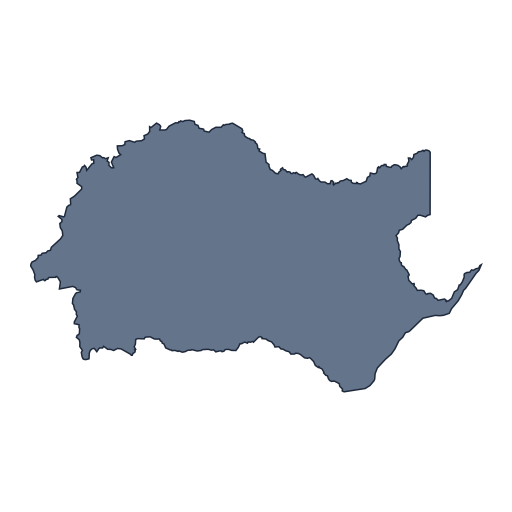 Santa Maria das Barreiras, Pará, Brazil (Mercator projection)
{"feature_id": "56859067B47432840261489", "entity_name": "Santa Maria das Barreiras", "entity_type": "district", "adm_level": 2, "iso_a3": "BRA", "parent_name": "Brazil", "parent_adm1": "Pará", "projection": "mercator", "projection_center": [-50.26, -8.642], "detail": "fine", "context": "isolated", "style": "filled", "palette": "slate", "viewbox_px": 512, "rotation_deg": 0, "n_neighbors": 0, "source": "geoboundaries", "source_scale": "gbopen_adm2", "svg_char_len": 6027}
<svg xmlns="http://www.w3.org/2000/svg" viewBox="0 0 512 512"><path d="M381.9,165.5L380.3,166.6L380.1,167.5L379.1,167.8L378.5,166.9L377.6,167.8L376.7,172.6L375.8,173.4L374.1,173.9L370.3,173.0L369.8,176.0L367.4,177.4L366.2,181.2L360.5,183.9L357.7,183.5L357.5,182.7L356.6,182.5L356.5,183.5L353.0,183.3L351.4,182.2L351.2,180.4L349.3,180.3L346.8,178.7L343.4,180.5L340.1,181.1L338.7,182.8L337.7,182.7L336.8,183.4L335.8,183.1L333.7,184.9L333.2,184.2L333.7,182.3L331.9,180.6L330.9,180.9L330.1,183.7L327.4,183.7L325.0,182.1L321.1,182.0L319.4,180.9L317.9,178.5L317.3,179.2L315.5,178.9L313.5,175.2L311.9,173.9L305.7,177.1L304.8,176.8L303.0,174.6L300.9,175.0L298.4,174.1L296.5,172.4L295.7,172.6L295.3,173.4L293.6,172.7L292.0,173.6L291.1,173.5L289.9,172.0L288.0,171.7L287.2,172.1L285.1,169.8L283.3,169.5L282.6,167.8L280.9,168.9L280.4,169.8L280.9,170.6L279.0,172.0L278.1,173.8L275.5,173.3L272.3,170.3L270.3,169.5L269.0,166.3L269.0,164.5L266.1,162.2L265.0,153.7L263.1,153.4L259.0,150.9L259.7,149.1L257.8,148.6L257.4,145.4L256.7,143.8L255.3,142.8L255.4,141.9L253.4,140.2L250.3,139.6L249.9,138.7L247.9,138.2L245.3,136.5L244.6,135.8L244.3,133.6L242.0,132.5L242.8,130.8L242.0,128.8L232.6,123.2L230.2,123.6L229.4,124.2L225.6,124.5L224.1,125.3L223.3,124.8L221.1,127.3L215.8,127.3L211.7,129.5L209.0,132.2L204.1,131.0L203.7,129.3L202.9,128.9L199.1,128.3L198.0,125.4L194.9,124.3L194.3,121.5L189.7,120.2L184.6,120.6L183.0,121.6L180.5,120.9L179.6,122.0L178.8,121.7L178.1,122.9L175.5,122.8L169.0,126.2L166.6,129.4L165.0,130.0L159.8,130.0L160.7,126.3L159.4,124.7L156.5,123.1L151.1,127.5L149.6,126.7L149.7,131.4L147.8,134.0L144.0,135.7L144.5,138.9L141.6,140.7L136.2,141.2L134.6,142.3L129.4,140.6L125.1,141.7L124.7,144.6L122.2,145.7L117.3,145.9L117.5,149.1L119.0,153.1L120.7,154.7L116.0,157.5L114.1,156.6L111.4,162.0L113.7,167.7L111.6,167.9L108.9,165.4L109.0,162.4L107.1,161.0L108.2,157.8L105.4,158.7L103.8,157.6L102.6,157.9L99.8,155.6L96.7,155.2L90.9,157.7L91.6,160.0L93.7,159.8L93.8,163.2L92.1,163.7L86.7,170.4L86.0,167.1L84.5,165.4L83.6,166.7L82.4,166.9L79.5,172.4L77.0,172.5L77.9,177.6L76.4,179.3L77.0,180.4L77.0,183.3L81.6,186.6L81.7,189.0L74.4,196.2L70.3,198.8L70.7,203.9L70.4,204.8L68.7,205.4L66.9,207.0L64.5,216.2L63.8,216.9L59.1,215.6L58.2,216.4L61.9,219.4L61.9,221.7L59.8,223.5L60.3,227.5L62.3,231.0L62.8,235.4L60.6,238.8L51.4,247.2L50.4,250.3L47.6,251.0L46.2,252.7L42.1,253.3L41.0,255.1L38.2,255.4L38.1,257.6L35.5,260.4L32.0,262.0L30.9,264.1L30.7,266.0L33.1,270.0L34.9,274.9L34.5,277.1L35.2,280.2L36.4,281.9L43.4,279.4L44.4,280.6L45.4,280.5L45.9,279.5L48.0,279.0L48.3,277.9L49.0,277.5L55.6,277.3L56.2,276.4L57.9,277.6L60.4,281.9L59.4,289.0L72.8,286.4L75.6,287.6L76.9,289.8L80.4,290.2L80.2,291.9L76.3,292.9L75.4,293.9L72.9,298.4L72.4,303.5L73.6,305.0L74.5,309.3L76.4,311.8L76.3,314.5L77.4,316.1L74.3,321.9L74.3,323.7L79.0,324.7L79.0,327.7L79.6,328.3L79.4,333.2L78.7,334.5L77.1,335.4L76.4,337.3L79.3,339.8L79.9,342.5L79.8,346.6L82.4,350.4L81.3,352.4L82.1,356.7L83.0,358.8L84.1,359.4L85.9,359.6L89.0,358.8L89.3,353.1L90.2,350.6L92.1,348.8L94.3,348.4L96.8,351.7L98.9,348.6L100.0,347.9L102.6,348.0L103.6,346.3L107.7,349.3L110.8,349.4L113.7,350.5L117.4,348.5L121.0,348.9L130.1,354.0L131.4,355.3L132.3,355.2L132.9,353.4L134.7,352.4L135.1,351.5L135.2,350.6L134.6,349.8L135.7,349.3L134.2,346.9L135.4,344.1L135.7,339.5L137.6,338.6L144.2,338.9L145.0,337.4L146.1,337.1L150.1,336.8L154.4,339.0L159.6,339.1L160.4,341.0L161.7,341.4L162.2,343.1L164.0,344.0L165.7,347.9L170.3,350.0L171.4,349.9L172.0,350.7L174.9,350.4L178.0,351.4L178.7,350.9L182.4,352.2L185.3,351.6L188.0,350.2L190.9,350.2L191.8,349.6L197.1,351.0L201.1,350.5L202.6,349.6L208.3,349.3L211.5,350.2L213.6,349.8L215.8,351.9L219.5,350.9L221.5,351.0L222.0,351.7L223.9,351.2L225.0,349.8L226.1,349.4L228.8,349.4L231.6,350.4L235.9,350.5L238.2,347.5L240.0,343.7L241.1,343.9L244.7,342.1L247.5,343.2L248.2,341.9L250.3,342.2L252.9,341.5L253.5,342.2L258.5,337.2L260.5,336.6L262.2,337.8L262.0,338.6L266.0,339.0L267.9,340.5L271.6,341.9L274.1,344.9L274.9,347.0L278.8,346.7L281.0,349.0L282.8,349.1L286.0,350.9L289.1,351.7L290.9,354.1L294.7,354.0L295.6,353.2L298.4,353.5L300.3,354.4L304.5,357.8L307.3,358.3L309.5,357.7L310.4,358.2L313.7,361.6L315.3,365.4L318.3,367.5L318.9,366.7L320.0,368.1L321.9,368.8L323.9,372.1L323.6,372.9L325.8,375.3L327.5,375.8L328.4,378.7L329.7,380.5L331.5,381.4L334.4,381.1L339.2,383.6L339.8,386.4L342.5,389.1L342.2,390.9L344.1,391.8L365.2,388.5L370.0,385.5L373.9,380.9L374.7,379.1L375.1,373.7L377.3,368.0L385.4,359.3L391.4,354.0L394.9,349.0L398.9,340.8L402.7,337.3L405.4,332.7L408.7,331.7L410.0,330.7L422.9,318.2L435.2,315.4L439.8,315.7L443.5,315.3L449.3,313.3L451.6,308.6L458.1,300.9L461.5,295.1L463.6,290.3L465.5,288.5L476.0,273.4L478.9,270.4L481.3,264.7L479.8,265.6L478.7,268.2L476.0,268.7L473.3,270.3L471.5,269.9L469.7,272.3L466.8,272.5L464.5,273.7L464.1,274.7L464.2,277.1L462.3,281.9L460.2,284.9L459.2,285.0L457.7,289.6L454.3,291.9L451.7,298.3L448.3,301.0L447.3,300.9L446.5,301.6L445.8,301.0L446.0,300.1L444.5,299.0L438.1,300.3L436.5,298.5L434.6,298.1L433.2,295.0L430.5,293.3L427.6,293.6L426.9,294.3L425.6,293.7L423.8,290.7L420.9,290.2L417.6,290.4L416.8,289.8L416.4,288.5L413.8,285.5L414.3,284.6L414.0,283.5L412.2,283.9L408.8,280.3L408.0,276.1L408.8,275.7L409.2,274.7L406.7,269.9L405.8,269.6L403.7,266.4L402.8,266.3L401.5,265.1L401.3,262.8L400.4,262.5L399.3,260.4L399.0,258.3L400.0,256.7L400.4,251.6L398.9,248.9L398.9,244.6L397.3,240.6L397.4,238.0L396.0,235.7L398.6,232.8L399.3,230.3L402.8,229.2L406.9,225.1L409.0,224.2L411.0,222.5L411.4,220.5L415.7,218.3L417.8,215.3L420.1,215.2L425.6,216.9L427.6,215.3L430.1,214.6L430.2,152.2L428.8,150.7L426.7,150.1L425.3,150.1L424.0,151.3L423.0,150.3L421.1,151.4L418.4,151.8L417.0,153.3L413.9,154.5L413.5,157.3L411.7,159.6L410.2,158.1L408.4,158.0L408.9,161.1L407.1,164.6L407.5,165.5L406.9,166.3L405.1,166.3L404.3,166.9L403.3,166.5L401.2,168.7L400.3,167.1L398.0,165.4L396.2,164.9L394.3,164.7L391.6,166.3L391.2,167.3L390.1,167.4L386.5,166.4L385.9,164.5L384.1,164.5L383.8,165.5L381.9,165.5Z" fill="#64748b" stroke="#1e293b" stroke-width="1.5"/></svg>